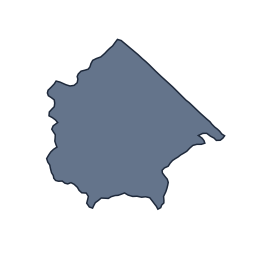 Volta Grande, Minas Gerais, Brazil, rotated 249°
{"feature_id": "56859067B41040973074583", "entity_name": "Volta Grande", "entity_type": "district", "adm_level": 2, "iso_a3": "BRA", "parent_name": "Brazil", "parent_adm1": "Minas Gerais", "projection": "robinson", "projection_center": [-42.568, -21.764], "detail": "fine", "context": "isolated", "style": "filled", "palette": "slate", "viewbox_px": 256, "rotation_deg": 249, "n_neighbors": 0, "source": "geoboundaries", "source_scale": "gbopen_adm2", "svg_char_len": 1910}
<svg xmlns="http://www.w3.org/2000/svg" viewBox="0 0 256 256"><g transform="rotate(249 128 128)"><path d="M86.1,215.4L88.8,213.4L92.1,212.4L94.8,211.1L97.9,209.2L101.6,207.6L104.6,206.7L107.8,204.9L111.3,203.1L115.8,200.8L119.8,198.9L127.0,195.5L129.9,194.1L133.2,192.1L139.0,189.5L145.3,186.7L150.4,184.4L159.2,180.0L164.1,177.5L171.0,174.2L179.7,170.3L183.8,168.3L187.6,166.2L193.0,163.6L212.1,153.0L214.5,149.9L212.0,145.9L210.1,143.0L209.0,139.7L207.7,136.6L206.0,133.1L204.1,128.1L204.2,123.3L203.8,119.3L201.4,116.5L198.7,114.4L197.2,111.9L197.4,108.6L197.9,104.5L196.3,101.0L194.3,99.0L191.6,98.7L188.5,96.8L187.1,93.0L188.0,88.9L190.6,85.6L192.9,83.3L195.2,81.0L197.6,77.7L195.6,75.0L193.7,71.1L191.9,66.9L189.6,65.3L186.7,65.2L184.0,67.2L180.7,69.2L177.5,68.5L174.3,66.8L173.1,64.1L171.2,60.3L167.7,58.6L164.8,61.1L161.5,63.2L158.3,64.3L156.8,58.9L154.2,56.4L150.9,57.0L147.8,57.7L145.0,56.5L142.0,55.0L138.6,54.8L135.6,54.8L134.8,50.9L133.3,47.3L131.2,44.3L128.6,41.1L124.9,40.9L121.4,41.7L118.1,41.1L113.8,40.6L110.3,41.2L107.7,40.7L105.0,41.6L103.3,43.9L102.0,47.6L99.1,49.3L97.4,51.7L97.4,55.2L94.8,57.5L90.7,59.5L87.3,60.0L84.1,61.6L82.2,65.7L78.4,66.5L76.1,65.0L72.6,62.5L68.1,63.6L65.9,66.2L68.1,68.5L70.0,70.7L71.0,74.4L72.2,77.9L70.7,81.3L69.3,84.4L69.9,87.6L69.6,91.7L68.7,94.6L68.6,97.9L68.6,101.5L65.4,104.0L62.4,107.9L61.1,111.9L58.5,115.9L57.5,119.8L55.1,123.3L50.9,124.6L47.4,125.6L44.8,126.4L41.5,126.8L41.9,130.0L44.0,131.8L45.2,134.6L47.6,135.6L51.4,136.7L55.0,140.5L57.8,142.8L60.4,144.6L62.8,146.1L66.2,146.3L69.7,145.1L73.7,144.0L76.3,144.7L77.7,147.7L77.9,151.8L80.1,154.8L81.7,157.9L82.4,160.9L83.0,164.4L84.0,167.5L84.5,170.7L85.2,174.5L87.1,178.5L88.5,182.3L88.1,186.4L86.5,190.5L86.3,194.3L89.0,194.4L92.0,193.5L95.8,191.0L96.2,195.9L94.8,199.6L90.9,202.0L87.8,204.7L84.8,206.0L83.5,209.7L84.5,212.9L86.1,215.4Z" fill="#64748b" stroke="#1e293b" stroke-width="1.5"/></g></svg>